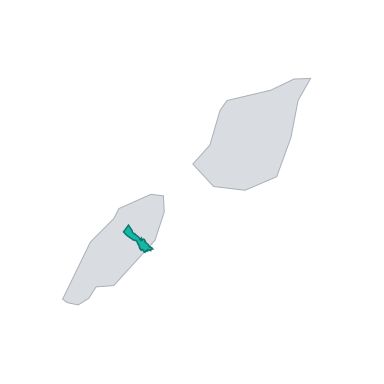 Faleata West, Tuamasaga, Samoa shown in context, rotated 116°
{"feature_id": "51752279B40564950197350", "entity_name": "Faleata West", "entity_type": "district", "adm_level": 2, "iso_a3": "WSM", "parent_name": "Samoa", "parent_adm1": "Tuamasaga", "projection": "orthographic", "projection_center": [-171.814, -13.871], "detail": "fine", "context": "in_parent", "style": "filled", "palette": "teal", "viewbox_px": 384, "rotation_deg": 116, "n_neighbors": 0, "source": "geoboundaries", "source_scale": "gbopen_adm2", "svg_char_len": 3325}
<svg xmlns="http://www.w3.org/2000/svg" viewBox="0 0 384 384"><g transform="rotate(116 192 192)"><path d="M141.1,122.6L167.2,145.1L177.6,174.9L166.5,203.5L141.9,196.5L106.3,202.6L94.4,200.6L65.8,165.7L45.9,150.0L37.9,135.2L63.1,136.8L100.0,126.9L141.1,122.6ZM345.1,261.3L281.6,261.4L250.2,250.6L239.0,250.5L212.1,227.9L208.0,216.0L222.1,208.2L251.5,204.1L310.4,221.3L319.3,236.6L332.9,238.2L343.4,244.8L346.1,255.5L345.1,261.3Z" fill="#d9dde1" stroke="#a8b0b8" stroke-width="1"/><path d="M260.4,225.7L260.9,224.0L260.9,223.9L260.9,223.7L260.7,223.5L260.7,223.4L260.7,223.2L260.7,222.9L260.5,222.6L260.4,222.3L260.4,222.2L260.5,222.0L260.5,221.8L260.5,221.6L260.3,221.2L260.1,221.0L260.1,220.8L260.2,220.7L260.3,220.4L260.4,220.2L260.4,219.9L260.6,219.8L260.6,219.6L260.8,219.3L261.0,219.3L261.0,219.2L261.4,218.7L261.5,218.6L261.8,218.5L261.8,218.3L261.9,218.2L262.0,218.1L262.2,217.9L262.4,217.8L262.4,217.3L262.4,217.2L262.5,217.2L262.8,217.2L262.8,216.8L262.9,216.6L263.1,216.5L263.2,216.4L263.5,216.3L263.6,216.2L263.6,215.9L263.6,215.7L263.8,215.5L263.9,215.3L264.1,215.2L264.4,215.1L264.5,215.1L264.8,215.1L265.0,215.0L265.0,214.9L265.3,214.6L265.2,214.4L265.3,214.2L265.4,214.3L265.6,214.2L265.7,213.8L265.7,213.7L265.8,213.7L266.0,213.5L266.1,213.3L266.2,213.2L266.3,213.0L266.3,212.9L266.4,212.7L266.5,212.6L266.5,212.3L266.6,212.2L266.6,211.9L266.4,212.0L266.1,211.9L265.9,211.7L265.6,211.6L265.4,211.5L265.5,211.1L265.6,210.7L265.7,210.4L265.8,210.1L266.0,209.8L266.1,209.7L266.6,209.3L266.6,209.2L266.9,208.9L266.9,208.7L266.8,208.8L266.6,208.8L266.6,208.6L266.7,208.4L266.4,208.1L266.4,207.9L266.2,207.9L266.0,207.6L265.9,207.6L265.8,207.4L265.7,207.3L265.4,207.4L265.3,207.5L265.2,207.6L265.1,207.4L264.9,207.6L264.6,207.5L264.6,207.4L264.4,207.3L264.7,207.0L264.5,206.9L264.4,206.7L264.5,206.5L264.5,206.4L264.4,206.5L264.2,206.5L263.9,206.6L263.8,206.4L263.7,206.4L263.5,206.2L263.5,206.3L263.4,206.4L263.2,206.4L263.1,206.2L262.9,205.9L262.8,205.7L262.9,205.4L263.0,205.3L263.1,205.1L263.1,204.9L263.1,204.7L263.0,204.4L262.8,204.3L262.8,204.2L262.7,204.2L262.7,203.9L262.6,204.0L262.3,203.9L262.2,203.9L262.0,203.7L261.9,203.5L261.7,203.5L261.4,203.6L261.2,203.5L261.1,203.4L260.9,203.2L260.7,203.1L260.6,202.9L260.5,202.7L260.4,202.4L260.1,202.9L259.9,203.2L259.8,203.5L259.6,206.0L259.5,206.5L259.9,206.5L259.7,206.8L259.5,207.2L259.3,207.4L259.1,207.5L258.9,207.8L258.8,208.0L258.6,208.3L258.4,208.8L258.3,209.0L258.2,209.7L258.1,210.1L257.9,211.3L257.8,211.5L257.6,211.6L257.5,212.4L257.0,212.2L256.9,212.3L256.7,212.3L256.6,212.6L256.4,213.0L256.3,213.3L256.1,213.4L255.9,213.6L255.8,213.8L255.6,214.0L255.6,214.3L255.6,214.6L255.7,215.1L255.7,215.5L255.9,215.5L256.1,215.5L256.7,215.5L257.6,215.7L257.9,216.0L256.1,217.2L256.3,217.2L256.7,217.0L256.8,216.9L257.0,216.9L257.3,216.9L257.6,216.9L257.9,217.0L257.5,218.4L257.3,218.4L257.2,218.4L256.9,218.2L256.6,218.1L255.5,221.9L255.4,222.3L255.4,222.5L255.3,223.0L255.1,223.8L255.0,224.3L254.9,224.7L254.9,224.8L254.7,225.0L254.9,225.1L254.9,225.4L254.9,225.6L254.8,226.2L254.8,226.4L254.7,226.5L254.7,226.8L254.5,227.4L254.4,227.6L254.3,227.8L254.1,228.1L253.9,228.4L253.6,228.4L253.1,228.6L249.6,234.6L251.5,234.9L255.4,235.6L256.6,235.8L257.9,236.1L259.5,231.7L260.3,227.3L260.4,225.7Z" fill="#14b8a6" stroke="#0f766e" stroke-width="1.5"/></g></svg>